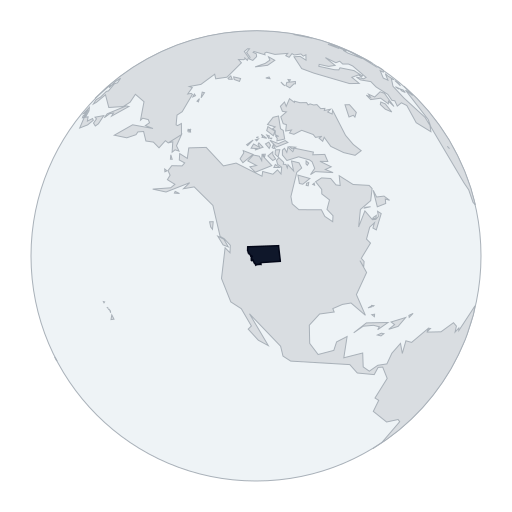 the Earth from above Montana
{"feature_id": "USA-3515", "entity_name": "Montana", "entity_type": "State", "adm_level": 1, "iso_a3": "USA", "parent_name": "United States of America", "parent_adm1": "", "projection": "orthographic", "projection_center": [-112.826, 46.685], "detail": "fine", "context": "on_globe", "style": "filled", "palette": "ink", "viewbox_px": 512, "rotation_deg": 0, "n_neighbors": 0, "source": "natural_earth", "source_scale": "10m", "svg_char_len": 11391}
<svg xmlns="http://www.w3.org/2000/svg" viewBox="0 0 512 512"><circle cx="256" cy="256" r="225" fill="#eef3f6" stroke="#a8b0b8"/><path d="M56.5,359.9L57.0,361.1L56.5,359.9ZM372.9,448.6L381.7,442.7L399.7,421.7L398.1,419.5L386.6,422.0L373.3,411.4L378.7,400.4L375.0,398.0L387.2,378.4L382.7,367.1L378.1,367.4L374.2,374.6L357.3,373.0L349.8,364.6L290.7,361.1L283.0,356.1L280.6,346.2L249.5,313.8L268.3,345.6L258.3,340.2L248.2,329.1L251.4,326.0L241.3,308.7L230.8,301.9L221.5,278.5L225.1,247.8L230.0,252.8L230.3,245.3L224.2,238.7L220.1,236.4L212.9,205.4L194.2,186.9L183.5,188.7L189.7,182.7L166.0,192.0L152.7,189.1L170.7,187.8L174.9,184.3L167.4,179.7L170.1,175.2L168.0,170.6L171.8,165.7L182.1,165.9L184.7,162.9L179.3,160.0L179.7,153.6L187.3,158.4L188.8,147.9L206.2,147.4L223.4,165.9L236.1,163.1L262.0,176.2L262.7,171.5L272.9,174.2L277.5,169.9L281.0,174.0L281.7,167.2L277.6,164.3L276.5,160.4L278.9,157.7L283.7,162.3L283.3,164.3L285.9,164.4L287.3,167.9L288.0,164.7L293.6,170.9L291.5,161.0L299.0,162.8L301.7,168.0L296.8,172.3L290.9,196.5L292.2,203.9L298.9,209.7L321.4,209.8L324.8,216.4L332.7,221.7L333.0,215.7L327.0,209.4L329.5,199.9L321.8,193.9L321.7,189.4L315.6,181.7L321.6,177.9L330.7,178.5L336.0,184.9L340.2,185.5L339.2,175.7L353.1,184.5L369.1,185.4L372.1,188.5L370.7,200.6L360.4,209.5L358.6,227.0L364.9,210.9L372.4,219.7L375.8,219.4L378.4,216.4L377.6,211.3L381.2,213.6L376.3,229.9L372.9,228.0L374.5,222.7L369.7,227.2L366.5,239.1L370.5,243.1L361.3,258.3L364.1,261.5L363.7,266.9L359.9,260.6L366.6,272.5L356.4,294.6L365.4,315.3L351.0,303.0L342.5,304.4L332.8,308.6L334.2,312.0L319.6,314.0L309.3,325.2L309.7,343.4L318.1,354.5L333.8,350.4L336.6,341.9L347.1,336.5L343.8,357.8L362.7,353.0L363.2,366.9L369.3,371.2L377.8,365.3L386.9,363.9L391.9,353.2L400.5,343.4L402.3,353.5L405.9,340.8L411.6,342.4L427.9,328.7L427.1,332.1L441.0,331.8L453.5,322.7L456.4,326.1L455.1,332.0L458.8,328.0L458.8,330.6L471.0,312.0L475.0,305.8L473.4,314.7L467.1,334.5L465.1,339.9L458.5,354.6L451.0,368.9L442.4,382.5L432.9,395.5L422.5,407.8L411.2,419.3L399.1,430.0L386.3,439.7L372.9,448.6ZM111.0,319.6L111.8,314.9L114.0,319.2L111.0,319.6ZM110.5,311.0L110.6,312.8L110.1,311.1L110.5,311.0ZM109.0,309.2L110.1,310.5L108.7,309.4L109.0,309.2ZM106.8,307.2L108.1,308.1L107.9,308.2L106.8,307.2ZM366.4,322.9L388.0,322.5L377.7,329.7L379.3,326.8L373.5,325.3L363.2,326.2L353.7,332.8L366.4,322.9ZM104.0,302.8L103.4,301.6L104.6,301.9L104.0,302.8ZM371.6,306.9L368.0,307.9L371.2,306.1L371.6,306.9ZM217.8,236.2L223.8,239.2L228.3,246.9L223.1,244.9L217.8,236.2ZM209.6,221.8L213.2,221.7L212.5,229.3L210.7,227.0L209.6,221.8ZM175.2,191.4L179.5,193.5L174.4,193.1L175.2,191.4ZM167.0,170.8L164.9,171.8L164.7,169.0L167.0,170.8ZM312.7,184.4L314.2,183.1L314.6,185.2L312.7,184.4ZM308.8,182.4L308.2,185.8L306.2,185.4L306.6,183.3L308.8,182.4ZM170.4,159.2L170.8,154.8L172.2,159.3L170.4,159.2ZM309.9,178.5L302.8,184.2L299.4,183.5L297.9,175.1L309.9,178.5ZM172.1,152.2L172.8,141.8L168.2,142.9L181.5,134.6L176.5,145.8L179.0,151.1L175.1,149.8L172.1,152.2ZM275.3,164.5L279.7,167.5L273.9,167.5L275.3,164.5ZM271.8,165.6L255.3,172.2L249.9,166.8L256.5,165.5L247.8,160.9L253.3,155.0L259.3,156.2L261.7,160.7L262.0,155.1L271.8,165.6ZM188.7,131.9L190.4,129.6L190.6,132.1L188.7,131.9ZM275.7,158.9L272.8,160.5L267.9,155.9L272.8,151.8L272.8,154.6L275.7,158.9ZM242.9,162.7L240.1,158.8L243.8,152.9L243.2,150.6L253.0,154.4L242.9,162.7ZM275.1,154.3L275.4,149.9L279.8,149.7L278.1,157.0L275.1,154.3ZM264.7,156.6L262.6,154.3L265.3,154.2L264.7,156.6ZM295.6,147.2L292.3,149.0L289.5,146.7L295.6,147.2ZM275.2,148.3L273.6,148.4L272.2,147.7L273.2,144.9L275.2,148.3ZM254.9,150.1L257.0,148.6L251.1,148.2L253.6,144.0L259.7,147.4L258.1,144.2L258.9,142.9L263.0,147.2L254.9,150.1ZM269.9,140.3L278.4,143.6L285.2,140.6L287.9,142.5L276.5,147.0L269.9,140.3ZM265.5,143.9L268.8,142.1L270.5,145.2L269.2,148.4L265.5,143.9ZM253.2,140.0L247.7,145.6L246.6,144.7L253.2,140.0ZM271.5,138.8L269.4,138.1L271.8,138.2L271.5,138.8ZM258.4,138.9L256.7,140.9L255.4,139.8L258.4,138.9ZM266.7,135.0L269.4,136.0L268.7,138.2L266.7,135.0ZM262.6,136.3L261.3,134.3L266.7,138.3L262.0,137.3L262.6,136.3ZM257.5,137.5L256.2,137.5L258.5,136.8L257.5,137.5ZM267.9,126.6L274.9,131.1L273.3,135.7L266.7,130.6L267.9,126.6ZM475.4,205.0L473.0,202.3L468.7,189.8L464.0,182.9L430.9,127.0L428.3,119.7L407.3,92.5L405.5,90.1L412.7,95.5L403.9,86.1L416.8,98.2L428.6,111.2L439.4,125.2L449.1,139.9L457.5,155.4L464.8,171.4L470.8,188.0L475.4,205.0ZM366.6,59.7L371.0,62.3L370.1,62.3L348.8,51.2L328.9,42.9L327.9,42.7L336.5,46.8L327.9,44.3L339.0,48.5L337.5,47.2L344.4,50.0L346.2,51.4L343.1,50.3L347.9,53.1L361.5,58.3L361.4,57.6L376.6,67.0L377.9,66.9L383.5,70.5L383.3,72.1L380.2,70.7L383.3,78.1L387.9,80.2L385.3,73.6L387.9,76.1L394.1,79.7L391.4,78.9L393.0,86.3L404.0,98.1L425.0,117.3L430.0,125.5L430.9,131.7L416.2,122.7L406.8,105.5L401.4,102.8L397.3,106.1L394.8,100.8L391.9,100.3L387.8,94.4L376.0,86.9L370.8,81.6L360.5,79.9L356.4,77.1L363.7,78.8L366.1,77.4L352.6,65.9L348.4,64.0L342.7,64.0L339.7,61.2L335.9,62.7L325.4,57.6L335.1,65.4L328.6,66.4L319.2,64.4L318.8,66.3L334.2,69.7L338.8,69.9L340.0,67.8L354.0,70.6L359.9,74.4L351.8,77.3L359.2,83.4L349.6,83.6L313.8,73.1L301.7,68.6L294.0,56.8L300.1,56.4L306.0,60.2L305.9,54.8L303.3,56.1L300.9,54.0L294.1,55.0L292.0,53.6L289.1,57.3L285.8,55.7L287.7,53.4L274.9,54.4L266.5,52.2L264.6,53.2L265.0,54.8L254.0,51.5L253.1,52.4L256.3,53.8L256.6,56.6L252.8,60.4L249.3,59.0L250.1,57.4L246.6,52.4L249.5,48.8L247.7,48.7L244.3,51.5L248.6,57.6L247.3,60.4L244.4,57.5L245.4,58.7L243.6,59.7L238.5,59.5L241.4,62.8L227.0,77.2L215.7,78.8L214.7,74.2L200.9,84.4L189.3,86.5L192.3,87.6L187.7,94.0L191.3,93.4L192.4,94.4L182.2,111.7L177.0,115.1L176.1,124.8L177.6,125.6L181.4,123.5L181.5,134.6L168.2,142.9L165.4,140.7L159.0,147.8L153.4,142.1L145.9,141.0L143.6,131.5L137.9,131.9L136.0,134.7L126.8,137.8L114.3,135.2L132.6,124.8L153.0,128.5L145.4,125.6L149.5,122.7L148.3,119.6L142.7,118.2L140.5,120.2L144.0,101.7L135.4,94.3L130.1,102.2L123.3,106.5L108.8,107.5L105.5,94.8L96.3,102.4L93.4,104.0L96.1,99.7L100.5,97.1L106.4,91.4L108.5,90.9L114.4,83.8L117.5,82.8L120.6,78.2L115.6,81.4L109.2,87.7L110.5,84.8L99.5,94.3L95.0,98.4L106.9,87.1L119.6,76.7L132.9,67.3L147.0,58.9L161.6,51.5L176.7,45.1L192.2,39.9L208.1,35.9L224.2,33.0L240.5,31.3L256.9,30.7L273.2,31.4L289.5,33.2L305.6,36.3L321.4,40.4L336.9,45.8L352.0,52.2L366.6,59.7ZM447.3,146.3L449.5,148.7L447.3,146.3ZM299.8,35.0L302.7,35.8L294.7,34.3L293.6,34.5L298.3,35.5L312.1,38.2L308.1,36.8L299.8,35.0ZM428.4,328.2L430.5,328.5L428.1,330.8L428.4,328.2ZM377.4,335.0L381.4,333.2L383.9,333.7L381.0,335.9L377.4,335.0ZM408.9,315.4L413.1,313.4L409.2,317.4L408.9,315.4ZM391.1,322.0L405.7,317.5L398.1,326.4L388.7,329.3L394.6,324.6L391.1,322.0ZM371.8,314.7L374.6,314.2L374.4,316.7L371.8,314.7ZM373.9,305.7L373.0,306.4L371.2,305.3L373.9,305.7ZM372.7,218.7L373.2,217.5L376.3,215.4L375.9,218.2L372.7,218.7ZM384.0,196.1L389.6,200.3L385.3,199.0L385.7,203.5L377.3,206.8L373.2,190.3L376.6,197.0L384.0,196.1ZM364.8,207.4L370.6,206.7L364.4,208.1L364.8,207.4ZM380.3,104.5L380.8,102.0L385.3,103.9L391.8,112.0L385.3,109.2L380.3,104.5ZM380.6,98.2L370.7,99.6L366.3,95.1L370.5,97.3L368.5,94.2L374.7,97.0L380.1,91.8L384.4,93.3L394.0,106.5L388.5,101.2L388.3,103.8L380.6,98.2ZM353.3,115.3L349.0,117.0L345.0,104.8L349.5,104.7L356.3,112.4L354.9,117.1L353.3,115.3ZM308.7,163.1L307.3,165.3L306.0,163.9L306.1,160.9L308.7,163.1ZM294.3,148.2L313.4,152.1L312.8,154.8L324.8,154.4L327.8,161.5L319.9,161.3L331.2,166.8L325.3,169.5L333.1,172.6L315.3,171.6L310.5,174.6L314.7,168.4L312.1,161.8L309.5,159.9L298.6,156.8L286.9,160.5L282.4,155.0L282.4,150.1L284.5,148.3L286.8,152.4L288.0,147.1L292.8,151.7L294.3,148.2ZM284.5,102.0L286.2,106.4L289.5,98.7L294.4,102.4L294.5,101.2L299.9,102.7L306.6,102.6L308.1,104.9L310.1,103.9L313.7,105.0L316.9,104.6L320.7,108.6L324.9,108.4L324.3,110.5L330.6,109.2L327.7,112.0L332.1,114.0L332.6,110.2L345.5,135.3L353.2,144.4L361.2,150.7L355.1,155.3L343.7,152.6L330.8,146.4L324.2,137.3L322.7,141.3L319.1,138.2L321.8,136.3L315.5,137.4L313.2,134.5L301.7,130.3L293.9,134.3L289.5,133.0L291.5,130.0L285.7,131.0L286.4,124.6L283.2,123.7L280.8,116.8L286.4,111.9L282.4,111.3L280.4,106.3L284.5,102.0ZM267.5,124.5L273.1,117.3L278.5,116.0L280.5,128.7L283.2,130.4L284.7,139.0L276.9,140.9L277.2,138.3L275.6,136.1L278.7,136.4L275.1,134.6L275.4,130.9L272.7,128.7L275.2,126.9L267.5,124.5ZM400.5,85.9L398.5,83.9L394.8,80.5L398.6,83.0L400.5,85.9ZM401.9,91.0L399.7,88.8L403.3,90.1L405.3,92.5L401.9,91.0ZM395.4,86.7L399.3,88.6L398.4,88.9L395.4,86.7ZM361.4,77.0L358.6,75.0L359.6,74.7L362.5,75.6L361.4,77.0ZM295.4,81.5L295.5,83.8L294.0,83.8L289.8,87.8L285.9,85.6L286.8,82.4L295.4,81.5ZM378.9,67.2L383.0,69.9L381.9,69.2L378.3,66.8L378.9,67.2ZM290.4,79.8L289.2,81.7L288.0,79.5L290.4,79.8ZM282.8,84.3L280.9,82.0L284.9,85.9L282.8,84.3ZM255.1,66.9L265.2,63.4L269.9,60.1L268.5,56.8L274.8,60.3L267.6,65.3L255.1,66.9ZM230.8,75.9L232.2,79.3L228.7,79.2L228.0,78.4L230.8,75.9ZM233.7,76.9L240.6,78.5L239.5,81.4L234.2,79.5L233.7,76.9ZM265.8,78.0L269.1,77.0L270.0,78.7L265.8,78.0ZM55.1,357.8L54.6,356.9L56.7,360.9L55.3,358.4L55.1,357.8ZM57.0,361.0L55.1,357.6L56.5,359.9L57.0,361.0ZM83.0,116.0L85.8,113.7L83.8,117.3L82.4,117.8L83.0,116.0ZM79.7,128.0L84.2,117.5L88.2,109.8L85.3,113.1L83.2,113.7L89.4,107.3L89.0,110.9L85.4,117.3L88.1,116.8L87.4,121.1L92.6,118.5L93.3,120.3L87.6,124.9L79.7,128.0ZM95.0,117.2L103.8,115.6L98.4,123.8L95.3,126.0L93.5,123.1L96.5,118.9L95.0,117.2ZM104.3,117.7L107.2,113.8L126.3,105.9L128.9,106.5L111.6,116.1L113.5,113.0L109.7,113.7L104.3,117.7ZM188.1,129.3L190.2,129.6L187.8,130.9L188.1,129.3ZM194.4,94.0L195.5,95.7L192.8,96.9L194.4,94.0ZM197.0,101.2L199.4,98.6L198.4,101.9L197.0,101.2ZM204.5,92.7L201.1,97.8L202.2,92.1L204.5,92.7Z" fill="#d9dde1" stroke="#a8b0b8" stroke-width="1"/><path d="M247.7,246.8L278.6,245.7L278.6,246.4L279.8,256.8L280.3,261.0L280.3,261.3L260.9,262.6L261.0,264.5L260.9,264.5L260.7,264.4L260.6,264.2L260.4,263.9L260.3,263.7L260.2,263.6L259.9,263.7L259.8,263.8L259.7,264.0L259.7,264.3L259.8,264.3L259.7,264.4L259.2,264.3L258.9,264.5L258.8,264.4L258.7,264.3L258.4,264.4L258.1,264.4L257.9,264.4L257.7,264.4L257.4,264.4L257.4,264.5L257.2,264.7L256.9,264.7L256.5,264.6L256.4,264.6L256.2,264.6L256.0,264.8L256.1,265.0L255.9,265.1L255.9,264.9L255.7,264.9L255.5,264.7L255.5,264.4L255.4,264.4L255.3,264.2L255.3,263.9L255.3,263.7L255.2,263.7L255.1,263.4L254.9,263.3L254.7,263.4L254.4,263.2L254.2,262.9L254.3,262.8L254.3,262.7L254.2,262.4L254.1,262.2L253.9,261.9L253.8,261.7L253.7,261.7L253.6,261.4L253.5,261.1L253.4,261.0L253.4,260.9L253.4,260.7L253.3,260.4L253.3,260.2L253.1,260.1L252.9,259.9L252.8,260.0L252.7,260.1L252.5,260.3L252.3,260.4L252.2,260.4L252.2,260.5L251.9,260.7L251.7,260.5L251.5,260.4L251.4,260.3L251.3,260.2L251.4,259.9L251.4,259.7L251.3,259.4L251.5,259.2L251.7,258.9L251.7,258.7L251.5,258.4L251.6,258.2L251.4,258.1L251.5,258.0L251.6,257.9L251.6,257.7L251.6,257.4L251.7,257.2L251.8,256.9L251.8,256.7L251.7,256.7L251.8,256.7L251.9,256.4L251.9,256.2L252.0,256.2L251.9,256.0L251.7,256.0L251.4,256.1L251.2,256.1L251.1,255.9L251.1,255.7L250.9,255.7L250.8,255.8L250.8,255.7L250.7,255.6L250.5,255.4L250.4,255.3L250.4,255.2L250.3,254.9L250.2,254.8L250.1,254.7L249.8,254.3L249.7,254.2L249.5,253.9L249.4,253.9L249.4,253.7L249.1,253.5L248.9,253.5L248.9,253.4L248.8,253.2L248.7,253.1L248.4,252.9L248.5,252.8L248.5,252.7L248.4,252.7L248.3,252.4L248.4,252.2L248.4,251.9L248.2,251.8L248.2,251.7L248.0,251.3L247.9,251.2L247.7,250.9L247.6,250.7L247.7,246.8Z" fill="#0f172a" stroke="#020617" stroke-width="1.5"/></svg>